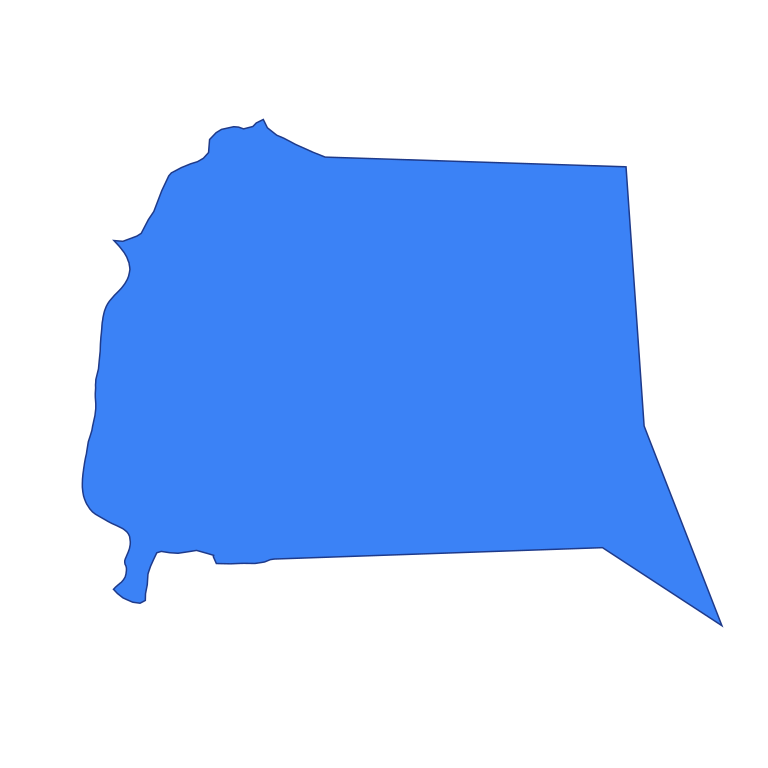 the district of Latille, Micoud, Saint Lucia, rotated 84°
{"feature_id": "8701671B58191073405905", "entity_name": "Latille", "entity_type": "district", "adm_level": 2, "iso_a3": "LCA", "parent_name": "Saint Lucia", "parent_adm1": "Micoud", "projection": "mercator", "projection_center": [-60.916, 13.828], "detail": "fine", "context": "isolated", "style": "filled", "palette": "blue", "viewbox_px": 768, "rotation_deg": 84, "n_neighbors": 0, "source": "geoboundaries", "source_scale": "gbopen_adm2", "svg_char_len": 2677}
<svg xmlns="http://www.w3.org/2000/svg" viewBox="0 0 768 768"><g transform="rotate(84 384 384)"><path d="M559.9,674.5L564.5,671.0L569.4,666.0L571.3,662.8L574.7,656.8L575.1,655.3L576.5,649.5L575.4,646.7L574.3,644.0L567.6,643.1L558.8,640.4L548.8,638.7L548.1,638.5L546.9,638.0L541.0,635.3L534.8,631.7L528.1,627.6L527.2,623.0L529.4,614.8L530.8,606.5L530.5,599.4L530.3,595.1L529.9,587.8L534.3,576.8L536.6,571.3L537.2,571.5L537.9,571.8L545.0,569.5L545.5,565.7L546.8,555.3L547.4,545.6L547.7,542.1L549.0,531.1L548.7,524.4L548.5,521.3L546.8,515.5L546.6,511.6L569.6,183.8L659.7,73.2L465.2,126.4L452.9,129.7L193.3,120.6L152.2,418.8L146.2,430.2L136.5,446.9L129.1,457.9L125.4,464.6L117.0,473.2L108.3,476.4L111.0,483.7L114.2,487.5L115.6,497.0L113.3,501.8L112.4,506.6L113.8,519.0L116.5,524.7L122.6,531.9L135.5,534.3L140.6,540.0L143.4,546.2L144.8,553.3L147.6,562.9L151.8,573.4L154.5,576.3L168.5,584.8L188.4,594.9L195.8,601.1L208.8,609.7L211.1,614.4L214.8,628.8L213.1,637.6L219.1,633.1L220.3,632.3L226.1,628.7L231.0,626.5L234.6,625.6L236.9,624.9L238.1,624.9L241.1,624.7L243.5,624.7L246.7,625.6L250.2,626.8L253.2,628.4L257.1,631.2L259.9,633.8L261.3,635.2L263.3,637.5L264.3,638.7L267.6,642.8L269.6,644.9L270.8,646.2L272.9,648.4L274.2,649.5L275.3,650.4L277.8,652.1L280.3,653.4L281.5,654.0L282.1,654.3L284.5,655.2L288.4,656.5L291.0,657.1L293.4,657.8L296.4,658.4L298.9,658.8L304.0,659.8L304.8,660.0L307.6,660.6L311.0,661.2L314.4,661.8L318.6,662.4L321.6,662.8L330.7,664.7L339.2,666.4L342.2,667.5L349.4,670.1L352.7,670.6L354.6,671.0L356.1,671.1L357.8,671.2L363.0,672.1L363.8,672.2L367.0,672.5L373.5,672.7L378.2,673.2L378.7,673.3L385.3,674.8L389.7,676.3L393.4,677.5L395.1,678.1L399.7,679.4L404.9,681.6L410.5,684.1L411.6,684.4L417.5,686.0L419.7,686.6L422.5,687.3L425.6,688.4L427.9,689.1L431.7,690.2L432.9,690.5L434.1,690.8L437.4,691.7L438.5,691.9L441.6,692.7L447.0,693.8L449.3,694.1L451.3,694.4L455.1,694.8L459.7,694.8L461.3,694.7L463.9,694.5L466.9,693.9L468.3,693.5L470.1,693.0L472.6,692.1L473.1,691.8L477.5,689.6L480.7,687.3L483.3,684.6L484.1,683.5L486.0,680.9L489.1,676.6L490.9,674.1L491.4,673.5L494.2,669.3L496.8,664.8L498.5,662.1L500.4,659.1L500.9,658.5L501.6,657.7L502.1,657.2L502.8,656.5L504.3,655.1L506.3,653.9L506.9,653.7L508.8,653.0L510.1,652.9L514.1,652.8L514.6,652.8L517.3,653.2L520.9,654.3L521.6,654.6L524.5,656.0L526.1,656.9L526.8,657.3L528.8,658.4L529.4,658.7L530.5,659.4L532.6,660.3L533.5,660.4L534.5,660.5L535.5,660.4L536.1,660.4L537.9,659.7L540.0,659.4L542.1,659.6L543.2,659.8L543.9,660.0L545.8,660.4L548.9,661.6L551.5,663.6L553.8,666.0L554.5,667.3L555.0,667.9L555.8,669.2L556.6,670.3L558.0,672.3L559.5,674.0L559.9,674.5Z" fill="#3b82f6" stroke="#1e3a8a" stroke-width="1.5"/></g></svg>